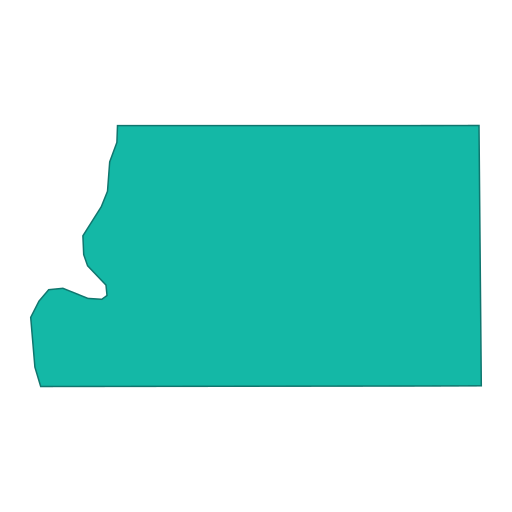 Potter, South Dakota, United States of America
{"feature_id": "52423323B36213631137134", "entity_name": "Potter", "entity_type": "district", "adm_level": 2, "iso_a3": "USA", "parent_name": "United States of America", "parent_adm1": "South Dakota", "projection": "orthographic", "projection_center": [-100.174, 45.072], "detail": "fine", "context": "isolated", "style": "filled", "palette": "teal", "viewbox_px": 512, "rotation_deg": 0, "n_neighbors": 0, "source": "geoboundaries", "source_scale": "gbopen_adm2", "svg_char_len": 398}
<svg xmlns="http://www.w3.org/2000/svg" viewBox="0 0 512 512"><path d="M481.3,385.8L479.0,125.5L407.6,125.6L117.5,125.6L116.9,142.4L109.7,161.9L107.5,191.3L101.3,206.7L82.9,235.8L83.7,254.6L87.6,265.8L106.0,285.1L107.0,295.5L101.8,299.3L87.9,298.4L62.9,288.3L48.7,289.7L39.0,301.1L30.7,317.4L34.9,367.1L40.7,386.5L427.5,386.0L481.3,385.8Z" fill="#14b8a6" stroke="#0f766e" stroke-width="1.5"/></svg>